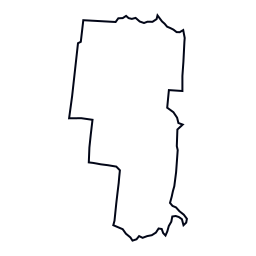 outline of Sapiranga, Rio Grande do Sul, Brazil
{"feature_id": "56859067B79456883934450", "entity_name": "Sapiranga", "entity_type": "district", "adm_level": 2, "iso_a3": "BRA", "parent_name": "Brazil", "parent_adm1": "Rio Grande do Sul", "projection": "equal_earth", "projection_center": [-50.982, -29.624], "detail": "fine", "context": "isolated", "style": "outline", "palette": "ink", "viewbox_px": 256, "rotation_deg": 0, "n_neighbors": 0, "source": "geoboundaries", "source_scale": "gbopen_adm2", "svg_char_len": 1175}
<svg xmlns="http://www.w3.org/2000/svg" viewBox="0 0 256 256"><path d="M182.4,91.0L182.4,76.0L183.4,61.9L184.4,41.9L184.7,38.0L183.2,30.1L179.7,32.2L176.6,32.1L173.4,29.6L170.2,28.0L167.1,26.7L164.6,23.7L162.0,21.4L157.5,15.4L156.6,19.1L152.5,21.8L147.5,21.7L144.0,23.0L139.7,21.5L135.6,17.9L131.8,18.9L128.6,18.1L126.1,15.9L122.7,18.1L118.3,18.3L115.6,22.0L83.3,20.2L80.8,41.8L78.0,43.2L72.1,96.3L69.1,118.3L81.3,118.2L92.5,119.8L90.7,135.2L89.4,147.5L88.8,162.4L93.0,162.9L97.0,163.6L100.7,164.3L107.9,165.2L116.3,166.6L119.9,170.3L119.2,177.2L118.7,183.0L117.6,192.0L116.3,203.1L114.5,220.7L113.3,225.2L122.7,229.2L125.9,233.7L130.4,237.4L132.5,240.6L136.5,239.3L139.1,236.1L142.6,237.8L147.2,236.1L151.8,235.2L155.9,232.6L158.6,228.5L161.7,229.0L163.2,233.1L165.5,235.5L167.3,231.4L168.8,226.0L171.3,221.7L172.3,216.5L175.7,216.0L178.8,217.0L181.9,219.2L183.5,225.2L186.2,222.6L186.9,218.8L183.8,214.7L179.5,211.3L176.0,207.4L172.5,205.9L170.0,202.9L171.7,196.7L172.9,191.2L174.3,186.2L176.1,172.2L177.7,150.1L176.8,146.1L177.4,129.5L182.7,124.6L178.4,123.0L177.1,117.7L173.4,112.2L167.2,107.7L168.9,90.1L182.4,91.0Z" fill="none" stroke="#020617" stroke-width="2"/></svg>